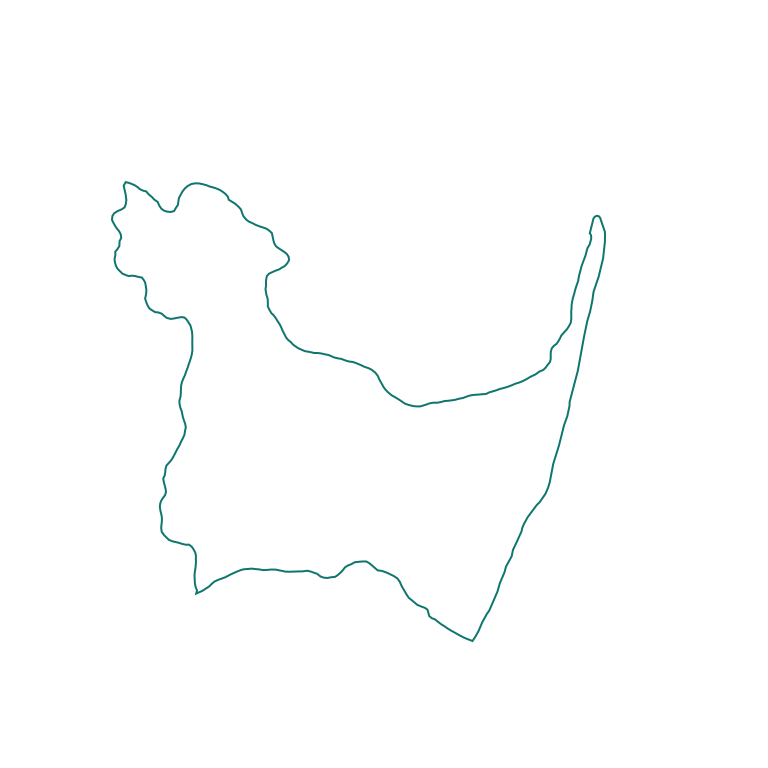 I-2 Waini, Barima-Waini, Guyana, rotated 72°
{"feature_id": "73187651B25125705574502", "entity_name": "I-2 Waini", "entity_type": "district", "adm_level": 2, "iso_a3": "GUY", "parent_name": "Guyana", "parent_adm1": "Barima-Waini", "projection": "mercator", "projection_center": [-59.589, 7.691], "detail": "fine", "context": "isolated", "style": "outline", "palette": "teal", "viewbox_px": 768, "rotation_deg": 72, "n_neighbors": 0, "source": "geoboundaries", "source_scale": "gbopen_adm2", "svg_char_len": 5913}
<svg xmlns="http://www.w3.org/2000/svg" viewBox="0 0 768 768"><g transform="rotate(72 384 384)"><path d="M304.2,141.7L306.5,141.1L309.8,142.0L312.6,143.8L315.2,145.6L317.6,148.5L320.5,150.4L324.0,152.6L326.8,154.8L330.0,157.4L333.0,159.7L336.9,162.2L340.4,164.5L343.2,166.1L345.9,167.4L348.6,169.5L351.4,171.6L354.5,173.7L357.1,175.3L360.5,177.7L364.2,179.8L366.9,181.2L370.1,182.3L373.0,183.6L377.0,184.8L380.6,186.0L383.6,187.6L386.3,190.4L388.5,193.2L390.6,196.9L392.7,200.4L395.1,202.6L397.1,204.9L399.2,207.5L400.1,210.5L401.9,213.4L404.9,215.4L408.2,216.6L411.9,217.8L414.5,219.5L416.4,222.5L418.3,225.1L419.8,228.0L420.2,232.5L421.7,237.0L422.1,240.2L422.6,243.4L423.4,246.8L424.1,251.1L424.4,255.0L424.3,258.9L424.7,263.1L424.9,266.8L424.8,271.7L424.5,275.2L424.7,278.8L424.6,283.2L424.5,286.3L425.0,290.0L424.1,293.7L423.2,297.7L422.3,301.2L421.5,305.6L421.5,309.6L421.7,313.1L421.2,317.3L421.0,321.5L420.4,324.9L419.7,328.6L418.9,331.6L418.8,335.0L418.2,339.5L417.0,342.9L416.5,346.7L416.6,349.9L416.6,353.3L416.5,356.5L415.5,359.6L414.1,362.9L411.6,366.9L409.1,370.2L406.1,372.5L402.7,375.2L399.5,378.0L397.0,380.3L393.2,382.7L390.1,384.2L387.0,385.3L383.9,385.9L380.9,386.5L377.8,387.1L374.7,387.3L370.6,388.7L366.3,391.6L364.2,393.8L361.5,397.4L359.0,400.0L356.4,403.0L353.5,406.7L351.6,410.7L349.7,413.4L346.9,416.9L345.1,420.4L343.5,423.0L339.2,427.9L337.6,430.9L335.7,434.0L334.1,437.3L332.9,440.9L331.3,443.5L329.8,446.2L328.3,449.1L325.9,451.8L323.6,454.4L320.9,456.5L318.3,458.4L315.5,459.6L312.4,461.6L309.6,462.7L306.1,463.3L302.1,463.9L297.9,464.3L294.7,464.8L291.8,465.7L288.6,466.4L284.7,467.6L281.9,469.2L278.3,470.0L274.3,470.5L271.3,469.5L267.0,468.3L263.3,468.3L260.4,467.9L257.2,467.4L254.0,465.8L251.1,464.9L248.0,463.7L245.0,461.9L243.5,459.1L243.0,455.0L242.7,452.0L242.6,448.3L241.8,445.3L241.2,442.1L239.4,438.8L236.8,436.0L233.5,435.4L230.2,436.3L227.6,438.0L224.4,440.6L222.0,442.5L219.4,444.3L216.3,444.9L213.2,444.8L209.7,444.4L205.9,444.0L202.9,445.6L200.0,447.8L198.1,450.2L195.6,453.7L192.8,457.1L190.1,459.7L187.9,462.2L185.1,464.2L181.1,465.8L177.9,466.1L173.8,466.1L170.4,467.6L166.6,469.8L164.0,472.0L160.8,474.7L157.7,474.6L154.5,475.9L151.9,477.6L149.0,479.9L146.5,482.7L144.6,485.2L142.3,488.8L140.0,491.5L138.0,494.6L136.1,497.9L134.8,501.6L134.3,505.5L135.0,509.4L136.4,512.8L138.5,516.0L141.2,518.9L143.8,521.6L147.0,523.2L149.9,524.6L152.3,527.6L154.6,530.1L154.5,533.6L153.1,536.9L151.3,539.4L148.7,541.5L144.9,542.6L140.9,543.0L137.6,545.5L134.5,546.9L130.5,549.4L127.4,550.6L125.8,553.2L123.6,555.7L120.8,557.4L118.1,559.5L115.7,562.2L113.8,564.6L112.2,567.3L115.0,570.3L123.6,571.1L129.4,572.2L133.0,573.9L135.9,576.2L136.9,579.9L137.2,583.7L138.2,587.8L140.3,590.4L143.9,592.0L146.8,591.6L150.3,590.9L153.3,590.1L156.9,588.7L160.3,588.1L164.0,588.8L166.3,591.3L171.1,593.1L173.5,596.1L175.2,598.7L178.5,599.7L182.0,601.7L184.9,602.3L188.6,602.4L191.8,601.9L195.1,600.3L198.3,598.6L200.5,596.0L202.4,593.6L203.1,590.2L204.5,587.2L206.2,584.6L207.9,581.4L210.7,580.4L213.7,579.8L218.2,580.4L221.4,581.0L225.2,582.6L228.9,584.8L232.2,584.8L236.1,584.6L239.8,583.7L242.6,581.5L244.9,579.5L246.2,576.5L248.5,573.6L251.5,571.9L254.0,570.2L256.2,566.7L256.8,563.6L257.2,559.8L257.8,555.9L259.2,553.2L262.0,551.7L265.5,550.8L268.5,550.0L271.8,550.2L274.8,550.4L278.6,551.3L282.4,552.5L285.5,553.6L288.6,554.5L293.0,555.9L296.7,557.8L299.5,559.6L302.7,561.9L305.3,563.9L307.9,565.7L310.5,567.9L314.1,570.6L317.0,573.3L319.8,575.6L323.2,577.6L326.6,578.9L330.1,580.1L333.1,581.4L336.7,583.8L340.2,584.7L344.1,585.0L347.1,584.8L353.4,585.5L357.4,585.5L360.3,585.4L364.0,585.9L367.6,588.0L370.5,589.4L373.5,592.1L376.3,595.0L378.7,597.0L381.8,600.5L384.0,602.7L387.7,606.4L390.4,609.4L392.5,612.9L394.4,616.2L397.2,618.0L400.3,619.3L403.3,620.9L405.7,623.2L409.7,623.8L412.7,623.9L415.9,624.1L419.1,624.6L422.1,626.6L424.1,629.5L426.2,632.0L428.6,633.8L431.4,635.1L435.5,635.8L439.6,636.1L442.7,636.6L445.7,637.6L449.0,639.1L452.1,640.4L455.9,641.1L459.9,639.8L462.6,638.4L465.8,636.7L468.5,633.4L470.2,630.5L471.8,628.0L473.7,625.4L475.7,622.0L476.5,619.1L479.4,617.1L482.6,616.2L486.0,615.6L489.1,615.9L492.2,617.0L495.2,617.8L500.8,620.2L503.9,621.8L507.5,623.4L511.0,624.3L514.9,625.4L518.8,625.9L522.5,625.6L525.3,627.4L524.6,620.7L523.4,616.3L522.5,612.8L520.8,609.5L519.5,606.3L519.0,602.1L518.9,598.2L518.8,595.1L517.7,588.5L517.3,585.0L516.9,581.1L516.7,577.0L517.0,574.0L518.0,570.0L518.7,566.9L520.3,563.5L521.6,560.3L523.7,556.4L524.7,552.6L525.7,548.3L527.1,544.3L528.7,541.5L530.3,538.6L532.0,535.7L533.3,532.1L534.7,527.2L535.7,523.6L537.0,519.5L537.9,514.6L539.9,511.4L541.8,509.0L543.7,506.4L547.4,503.9L549.6,501.1L551.0,497.7L551.5,493.8L552.3,490.2L551.5,487.2L550.2,484.2L548.7,481.2L546.3,477.7L545.4,474.3L545.3,471.2L544.5,466.8L545.4,462.5L546.1,459.4L547.3,455.7L549.8,453.4L552.8,451.5L559.3,447.6L561.1,443.8L563.7,440.3L566.1,437.7L569.6,434.1L572.8,431.5L576.9,430.1L580.3,429.8L583.8,429.2L591.9,427.4L595.0,426.5L598.2,424.4L604.3,420.6L607.5,416.9L609.5,414.3L612.0,412.4L615.5,412.5L618.7,412.7L621.5,410.9L623.6,408.3L630.0,404.0L632.5,401.8L636.1,399.1L639.6,396.1L643.0,392.9L646.8,389.4L649.9,386.3L652.0,383.9L654.4,380.9L655.8,379.3L651.9,374.4L647.8,370.1L641.1,364.3L634.6,357.4L632.1,354.0L631.0,353.0L616.2,340.0L609.4,335.5L600.2,327.5L595.5,324.5L595.4,324.4L587.3,315.8L581.6,312.6L575.4,306.7L566.6,298.7L563.8,297.1L560.5,294.3L555.3,288.8L552.2,284.5L546.1,275.8L544.4,272.3L538.4,264.5L533.5,260.1L528.6,256.7L512.4,247.8L509.1,245.5L496.7,236.7L478.7,225.4L471.5,219.8L471.4,219.7L462.1,214.3L458.4,213.0L432.6,196.4L431.2,195.5L401.1,179.3L392.7,174.5L387.1,171.3L378.6,165.5L368.9,160.0L361.2,156.3L353.9,150.9L348.6,146.9L332.4,136.9L316.9,129.9L314.2,129.0L309.9,127.5L307.1,126.9L292.7,127.1L290.7,128.0L289.8,129.7L290.0,131.8L291.3,133.6L304.2,141.7Z" fill="none" stroke="#0f766e" stroke-width="2"/></g></svg>